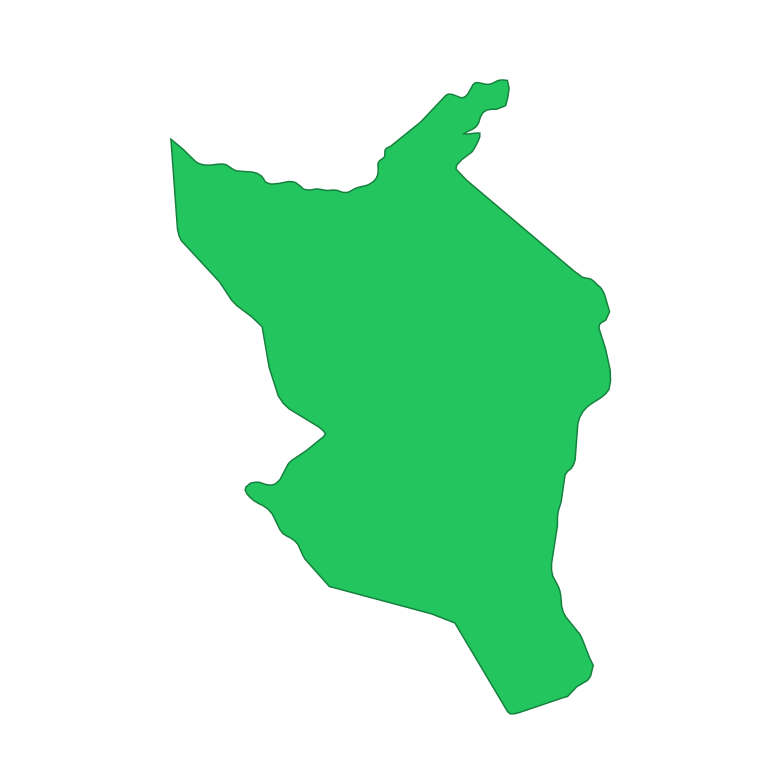 an SVG outline of Caaguazú, rotated 276°
{"feature_id": "PRY-617", "entity_name": "Caaguazú", "entity_type": "Department", "adm_level": 1, "iso_a3": "PRY", "parent_name": "Paraguay", "parent_adm1": "", "projection": "robinson", "projection_center": [-55.638, -25.106], "detail": "fine", "context": "isolated", "style": "filled", "palette": "green", "viewbox_px": 768, "rotation_deg": 276, "n_neighbors": 0, "source": "natural_earth", "source_scale": "10m", "svg_char_len": 2876}
<svg xmlns="http://www.w3.org/2000/svg" viewBox="0 0 768 768"><g transform="rotate(276 384 384)"><path d="M328.5,331.0L331.4,328.2L334.4,323.7L349.2,292.5L354.1,286.0L361.1,280.1L388.3,268.1L428.2,256.8L437.1,245.2L446.6,229.4L451.4,223.7L468.2,209.9L505.3,167.5L509.7,164.8L516.5,162.4L605.2,146.5L596.4,159.7L586.1,172.6L584.5,175.3L583.5,178.5L583.0,182.4L583.5,188.3L585.5,197.0L585.9,201.0L585.5,204.4L581.9,211.1L580.5,214.9L581.0,231.0L580.3,235.7L578.0,240.4L575.6,242.7L573.0,244.5L571.7,246.9L571.0,251.2L572.5,258.6L575.4,268.0L575.6,271.5L575.1,275.0L571.6,280.8L569.4,283.4L569.0,287.5L569.2,290.3L569.8,292.7L570.5,294.5L570.9,296.6L571.0,299.1L570.5,305.3L570.6,307.9L571.0,310.2L571.5,312.2L571.7,314.7L571.6,317.8L570.3,322.6L570.5,326.4L571.2,328.8L575.5,335.1L577.1,338.6L578.4,342.2L579.8,346.2L580.8,347.9L581.8,349.4L584.2,352.2L585.6,353.3L587.2,354.4L589.1,355.2L591.2,355.8L593.5,356.0L595.7,355.9L601.9,355.0L603.9,355.4L605.5,356.2L606.8,357.5L608.0,359.0L609.3,360.2L610.9,360.9L612.8,360.9L614.7,360.6L616.6,360.6L618.1,361.3L619.3,362.7L621.2,365.8L648.4,393.1L676.8,414.8L678.1,416.1L679.0,417.7L679.2,419.9L679.0,422.3L676.9,430.0L676.9,432.0L677.6,433.7L678.7,435.1L680.0,436.2L681.7,437.3L690.8,441.1L692.2,442.2L693.2,443.8L693.6,445.9L692.8,453.0L692.8,455.4L693.1,457.5L693.9,459.4L694.8,461.1L696.9,464.3L697.8,466.0L698.4,468.0L698.8,470.1L698.8,475.0L691.1,477.5L682.2,477.2L673.6,475.9L669.1,467.4L668.4,462.0L667.2,457.6L664.5,454.2L659.8,452.0L654.0,450.9L651.3,449.9L648.7,447.9L646.6,445.4L643.3,439.8L641.2,437.4L641.4,441.5L643.2,449.3L643.5,453.1L639.8,453.4L635.5,452.3L627.4,449.1L623.9,447.1L615.3,437.9L609.1,433.3L605.2,433.2L595.2,445.0L516.5,560.7L511.0,569.9L510.3,574.7L510.4,576.6L509.6,579.4L508.0,582.1L504.8,586.0L503.0,588.8L499.8,591.7L496.0,594.0L479.4,600.8L470.8,597.9L466.9,592.8L465.1,592.1L462.1,591.9L441.8,600.8L421.4,607.5L410.7,609.0L402.2,608.3L397.7,605.7L393.4,601.6L386.3,592.6L382.5,588.5L377.9,585.0L371.0,582.0L364.8,580.9L328.6,582.0L323.4,580.9L319.3,578.8L316.5,575.8L312.7,573.6L285.5,572.5L275.6,570.6L270.6,570.4L261.1,571.3L223.0,569.4L216.3,570.1L210.6,571.9L200.4,578.8L196.5,580.6L192.1,581.9L181.6,583.9L175.8,586.1L171.3,589.2L155.3,605.2L151.9,607.4L133.4,616.9L126.0,621.5L115.2,620.0L113.2,619.0L110.4,617.2L103.0,607.3L92.4,599.2L91.2,596.1L90.9,595.2L71.3,552.6L69.5,547.6L69.2,543.9L71.0,541.2L153.7,479.5L160.4,455.1L176.9,350.8L201.4,323.9L205.0,321.3L215.3,315.3L218.7,311.6L221.2,307.1L222.7,303.0L224.7,299.1L228.3,295.7L242.9,286.6L247.4,281.8L250.4,276.4L252.1,271.6L254.4,266.8L257.2,262.7L260.4,259.1L264.0,257.0L267.1,257.4L271.4,261.5L272.9,266.3L273.2,270.5L271.8,276.5L271.5,279.4L271.7,282.6L272.7,285.5L275.1,288.2L278.4,290.7L294.0,296.9L296.1,298.2L298.3,300.1L309.9,314.0L325.6,329.6L328.5,331.0Z" fill="#22c55e" stroke="#15803d" stroke-width="1.5"/></g></svg>